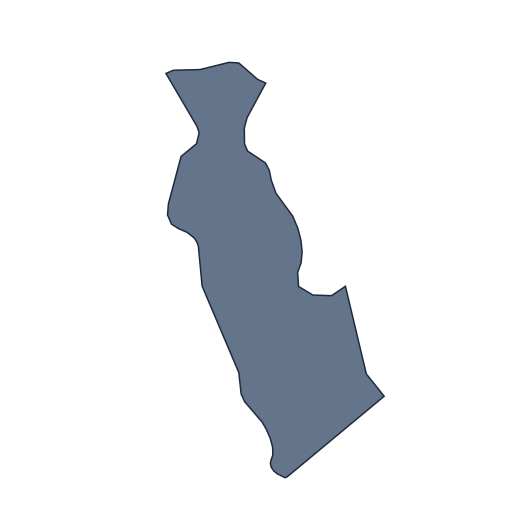 outline of Prato, rotated 147°
{"feature_id": "ITA-5385", "entity_name": "Prato", "entity_type": "Province", "adm_level": 1, "iso_a3": "ITA", "parent_name": "Italy", "parent_adm1": "", "projection": "orthographic", "projection_center": [11.096, 43.932], "detail": "fine", "context": "isolated", "style": "filled", "palette": "slate", "viewbox_px": 512, "rotation_deg": 147, "n_neighbors": 0, "source": "natural_earth", "source_scale": "10m", "svg_char_len": 830}
<svg xmlns="http://www.w3.org/2000/svg" viewBox="0 0 512 512"><g transform="rotate(147 256 256)"><path d="M352.3,54.2L356.7,61.6L358.1,65.7L358.3,70.3L357.0,74.1L355.0,76.3L350.3,79.9L346.2,86.6L343.4,95.2L341.8,104.6L341.3,113.4L344.9,140.0L343.6,148.4L333.9,167.6L317.6,260.1L299.1,295.4L298.1,299.3L297.9,304.4L300.8,313.2L305.9,320.8L309.5,328.7L307.9,338.5L301.2,347.3L264.6,380.3L244.7,382.6L236.5,390.4L234.9,396.9L232.1,458.2L224.0,456.7L201.5,442.9L173.2,433.1L165.3,427.3L158.5,403.3L153.7,395.7L188.1,376.9L196.2,369.6L204.6,356.2L205.9,348.6L197.4,328.9L198.2,320.6L201.8,311.5L205.1,297.7L203.5,269.5L205.8,256.5L209.7,244.8L215.0,234.4L221.8,225.8L230.0,219.6L236.9,207.2L229.6,192.3L214.3,181.6L197.5,181.9L227.7,97.0L224.9,68.6L350.2,53.8L352.3,54.2Z" fill="#64748b" stroke="#1e293b" stroke-width="1.5"/></g></svg>